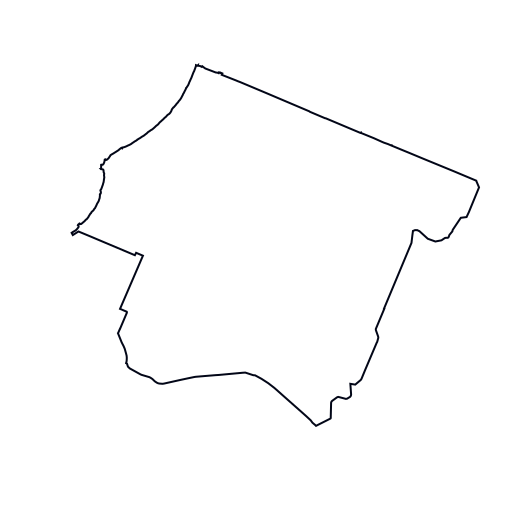 outline of Kwinana, Western Australia, Australia, rotated 23°
{"feature_id": "25037944B63650800772080", "entity_name": "Kwinana", "entity_type": "district", "adm_level": 2, "iso_a3": "AUS", "parent_name": "Australia", "parent_adm1": "Western Australia", "projection": "orthographic", "projection_center": [115.805, -32.234], "detail": "fine", "context": "isolated", "style": "outline", "palette": "ink", "viewbox_px": 512, "rotation_deg": 23, "n_neighbors": 0, "source": "geoboundaries", "source_scale": "gbopen_adm2", "svg_char_len": 5780}
<svg xmlns="http://www.w3.org/2000/svg" viewBox="0 0 512 512"><g transform="rotate(23 256 256)"><path d="M126.2,103.8L126.5,104.7L126.6,106.5L126.7,107.3L126.7,108.4L126.8,109.6L126.8,110.2L126.7,111.0L126.7,112.2L126.8,115.2L126.9,117.1L126.8,119.2L126.8,120.1L126.8,121.2L126.7,122.1L126.8,123.0L126.8,123.8L126.8,124.6L126.8,125.2L126.5,126.8L126.4,127.3L126.3,128.1L126.0,128.6L126.0,128.8L126.1,129.0L126.1,130.3L126.0,131.7L125.9,132.5L125.9,133.7L125.6,135.7L125.7,136.7L125.5,137.9L125.5,138.5L125.4,139.8L125.1,141.4L124.9,142.2L124.4,143.6L124.2,144.8L123.9,145.8L123.6,146.5L123.4,146.9L123.4,147.3L123.3,147.8L122.2,151.2L121.9,151.5L121.4,153.4L121.3,153.7L121.3,154.5L121.4,155.3L121.3,156.3L121.2,157.2L121.0,158.0L120.8,158.3L120.7,158.9L120.1,159.8L119.6,160.5L119.2,161.4L118.8,162.8L118.5,163.4L117.8,164.7L117.6,165.3L117.1,166.6L116.4,168.0L115.9,169.2L115.5,169.9L115.1,170.8L114.9,171.5L114.6,172.6L114.3,173.4L113.6,174.6L113.2,175.3L112.5,177.0L111.6,178.9L110.9,180.2L109.8,181.6L109.3,182.6L108.4,183.8L107.9,184.9L107.7,185.4L107.4,186.1L106.8,187.0L106.6,187.5L106.2,188.1L105.7,189.1L104.3,190.9L103.9,191.6L102.8,193.3L102.5,193.6L102.1,194.1L101.7,194.8L101.3,195.2L101.2,195.7L100.9,196.1L100.6,196.6L100.2,197.2L99.5,198.0L98.9,199.1L98.1,200.2L97.4,201.5L96.4,202.8L95.5,203.8L94.8,204.5L93.9,205.6L93.2,206.3L92.4,207.1L91.6,207.7L90.7,208.3L90.8,208.8L90.8,209.2L90.6,209.2L90.3,209.1L89.8,209.1L89.5,209.5L89.1,210.3L88.7,210.9L88.1,212.3L86.2,215.1L85.2,216.5L84.7,217.3L84.2,217.9L83.4,219.0L83.1,219.4L82.9,219.7L82.6,220.4L82.6,221.1L82.3,222.4L82.1,223.6L81.4,225.1L81.2,225.5L80.6,226.1L80.4,226.2L80.2,226.1L79.9,225.9L79.7,225.8L79.1,226.3L79.1,226.6L79.2,226.9L79.5,227.8L79.6,228.5L79.7,229.4L79.7,229.9L79.6,231.2L79.2,231.9L78.9,232.1L78.6,232.3L78.2,232.3L77.9,232.4L77.8,232.5L78.1,233.3L78.4,233.9L78.6,234.4L79.2,236.0L79.3,236.4L79.1,236.5L79.3,236.6L79.7,236.5L80.4,236.3L81.2,236.1L81.7,236.3L82.0,236.5L82.6,237.5L82.7,237.8L83.1,238.5L83.9,239.2L84.1,239.5L84.4,240.6L84.7,241.4L85.2,242.1L85.5,242.8L85.7,243.0L85.8,243.5L85.9,244.1L86.1,244.6L86.2,245.3L86.4,245.8L86.9,247.8L86.9,248.5L87.1,249.8L87.2,250.4L87.2,251.2L87.3,252.5L87.4,255.0L87.2,255.5L87.1,256.0L87.2,256.4L87.3,256.4L87.5,256.8L87.9,257.3L88.3,257.9L88.5,258.6L88.6,258.9L88.5,259.4L88.5,259.7L88.2,260.0L88.2,260.3L88.5,260.8L88.8,261.6L89.4,263.6L89.5,264.2L89.5,264.8L89.7,266.7L89.7,267.3L89.3,270.0L89.3,271.8L89.1,274.9L88.7,276.0L88.6,276.5L88.6,277.1L88.4,277.7L88.2,278.2L88.0,278.5L87.9,278.8L87.6,279.4L87.5,279.8L87.4,280.0L87.4,280.4L87.4,280.9L87.3,281.3L87.1,281.5L86.9,282.2L86.8,283.0L86.5,284.9L86.5,285.6L86.0,287.5L85.7,288.4L85.4,288.7L85.1,289.3L84.7,290.6L84.3,291.5L83.9,292.2L83.2,293.7L82.8,294.4L82.5,294.9L82.0,295.2L81.5,295.4L81.1,295.3L81.1,295.1L80.9,295.0L80.7,295.2L80.5,295.8L80.3,296.1L80.1,296.5L80.0,296.9L80.0,297.3L80.4,297.4L80.7,297.4L81.2,298.2L81.3,298.4L81.3,298.8L81.3,299.0L81.1,299.7L80.9,300.6L80.1,302.7L79.8,303.0L79.5,303.6L78.5,304.8L78.0,305.5L78.0,305.9L77.3,306.5L77.2,306.7L79.2,308.3L83.0,302.8L96.4,302.7L99.7,302.7L144.2,302.6L144.3,301.3L144.4,299.9L151.8,299.9L151.5,357.8L158.8,357.8L159.3,358.6L159.3,376.4L159.2,376.4L159.2,380.7L159.1,381.0L161.5,383.4L162.5,384.4L163.8,385.7L165.7,387.6L166.0,387.9L166.6,388.4L167.4,389.1L169.0,390.4L170.5,391.8L171.5,392.8L174.7,396.8L175.2,397.5L175.7,398.1L176.1,398.8L176.7,399.9L177.2,401.1L177.6,402.2L178.0,403.4L178.1,404.1L178.2,404.8L178.3,405.4L179.1,405.4L179.3,405.5L181.2,407.7L181.6,408.0L182.1,408.2L184.1,408.9L184.4,408.9L184.6,408.9L196.0,410.1L196.9,410.1L197.2,410.1L204.2,409.3L204.9,409.2L205.5,409.2L206.6,409.3L207.6,409.5L208.7,409.7L211.0,410.6L211.8,410.9L213.3,411.2L214.6,411.4L215.5,411.4L216.3,411.3L217.1,411.1L219.8,410.2L220.5,409.8L221.3,409.3L228.0,404.5L235.0,399.5L241.7,394.8L245.6,392.1L246.8,391.3L247.6,390.8L255.0,386.9L265.3,381.5L268.3,380.0L276.1,375.8L289.5,368.6L291.7,367.5L300.0,366.8L301.8,366.2L309.0,366.9L317.0,368.3L324.6,370.3L364.8,383.8L370.6,385.9L373.1,387.4L376.7,388.5L377.6,388.9L388.0,376.6L388.1,376.4L388.1,376.2L388.1,375.9L388.0,375.7L382.5,361.8L382.4,361.3L382.4,360.9L382.4,360.4L382.6,360.0L382.7,359.6L385.7,354.6L386.1,354.1L386.4,353.9L386.7,353.6L387.1,353.5L393.9,352.5L394.1,352.5L394.6,352.4L395.0,352.1L395.4,351.9L395.7,351.6L397.5,349.1L397.7,348.7L397.8,348.2L397.9,347.8L397.9,347.4L397.8,346.9L397.7,346.4L392.8,336.8L397.6,335.6L400.8,329.3L400.9,329.0L401.0,328.4L401.1,327.9L401.0,318.1L401.0,288.5L401.1,288.0L401.1,287.5L401.0,286.9L400.6,283.9L400.5,283.4L400.3,283.0L400.0,282.6L399.9,282.4L395.5,277.6L395.2,277.2L395.0,276.8L394.8,276.3L394.8,275.8L394.7,254.4L394.4,254.4L394.0,183.2L391.9,176.0L390.7,171.6L392.3,170.0L392.8,169.8L393.7,169.5L393.8,169.4L394.2,169.2L396.8,169.3L407.4,173.0L414.9,172.6L415.4,172.6L420.6,169.1L422.8,165.7L423.6,165.1L424.3,164.8L425.4,164.3L425.8,163.8L425.9,163.2L425.9,162.6L425.8,161.0L427.1,156.7L427.1,156.4L426.9,155.6L426.9,154.9L429.6,140.8L434.6,137.9L434.8,132.4L434.5,105.7L429.4,100.8L429.3,100.6L405.3,100.7L372.0,101.1L357.3,101.2L349.0,101.3L338.3,101.4L338.2,101.2L337.9,101.0L337.7,101.0L337.5,101.4L333.7,101.4L329.5,101.7L327.5,101.7L318.4,101.5L305.3,101.7L305.0,101.7L304.8,101.7L304.6,101.5L304.4,101.3L304.0,101.9L266.3,102.0L265.8,102.2L265.7,102.2L257.0,102.2L250.1,102.2L249.2,102.2L248.8,102.1L248.6,102.0L202.3,102.0L173.6,102.1L171.1,102.2L169.0,102.2L153.7,102.6L153.7,101.1L151.6,101.1L151.6,101.4L150.2,101.4L150.2,102.3L149.0,102.3L147.2,102.8L136.1,103.2L135.1,103.0L132.3,102.3L132.2,102.5L132.1,103.1L130.9,103.0L130.3,103.0L130.1,103.0L129.1,103.3L128.3,103.5L128.1,103.6L128.0,103.2L127.9,103.4L126.3,103.8L126.2,103.8Z" fill="none" stroke="#020617" stroke-width="2"/></g></svg>